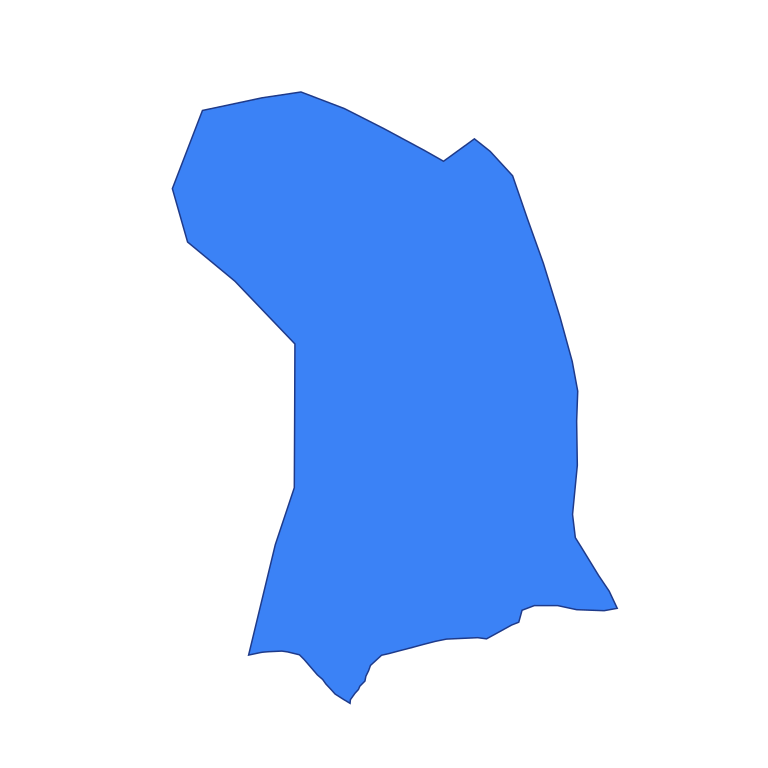 Bonneterre Gardens, Gros Islet, Saint Lucia (Mercator projection), rotated 78°
{"feature_id": "8701671B61716592772376", "entity_name": "Bonneterre Gardens", "entity_type": "district", "adm_level": 2, "iso_a3": "LCA", "parent_name": "Saint Lucia", "parent_adm1": "Gros Islet", "projection": "mercator", "projection_center": [-60.933, 14.067], "detail": "fine", "context": "isolated", "style": "filled", "palette": "blue", "viewbox_px": 768, "rotation_deg": 78, "n_neighbors": 0, "source": "geoboundaries", "source_scale": "gbopen_adm2", "svg_char_len": 1019}
<svg xmlns="http://www.w3.org/2000/svg" viewBox="0 0 768 768"><g transform="rotate(78 384 384)"><path d="M621.0,572.8L621.0,561.1L621.1,558.5L621.8,552.9L624.0,539.5L626.0,534.0L631.3,523.0L636.7,519.5L642.9,516.1L654.6,509.7L660.3,505.4L665.4,503.2L672.2,499.1L677.1,496.3L684.1,489.2L689.3,483.6L685.8,482.5L680.5,476.7L677.5,472.5L674.6,470.5L670.6,464.4L666.1,462.5L661.1,458.6L656.5,455.8L648.8,442.8L648.7,434.9L648.2,425.4L647.5,409.9L646.9,399.3L646.4,387.3L646.5,376.0L651.6,345.1L654.6,336.7L646.3,309.3L645.0,301.7L634.0,296.0L632.0,283.0L636.9,260.1L644.8,242.5L651.5,215.8L651.9,202.5L633.5,206.8L615.9,213.9L585.9,224.5L574.1,228.8L550.8,226.7L503.7,211.8L460.4,203.3L431.3,196.0L401.1,195.2L355.3,197.9L299.2,203.0L252.7,209.3L207.1,214.9L178.5,231.8L163.0,244.6L178.5,279.5L164.4,295.4L134.7,330.4L106.5,365.3L81.1,404.5L78.7,443.7L78.7,504.7L148.9,550.4L204.3,546.6L252.4,508.5L326.3,462.8L396.5,478.0L466.8,493.3L518.5,523.7L621.0,572.8Z" fill="#3b82f6" stroke="#1e3a8a" stroke-width="1.5"/></g></svg>